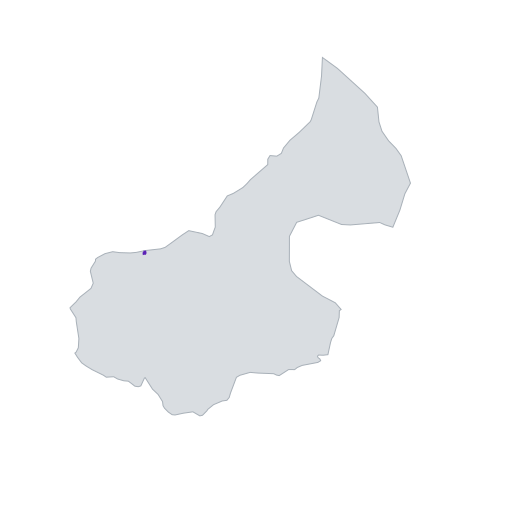 location of Subate, Ilukstes, Latvia, rotated 131°
{"feature_id": "27541924B14996624872646", "entity_name": "Subate", "entity_type": "district", "adm_level": 2, "iso_a3": "LVA", "parent_name": "Latvia", "parent_adm1": "Ilukstes", "projection": "mercator", "projection_center": [25.914, 56.009], "detail": "fine", "context": "in_parent", "style": "filled", "palette": "violet", "viewbox_px": 512, "rotation_deg": 131, "n_neighbors": 0, "source": "geoboundaries", "source_scale": "gbopen_adm2", "svg_char_len": 2536}
<svg xmlns="http://www.w3.org/2000/svg" viewBox="0 0 512 512"><g transform="rotate(131 256 256)"><path d="M363.7,375.0L361.0,374.5L353.3,371.5L346.8,367.0L342.9,361.1L336.2,352.9L331.8,348.7L324.8,343.4L313.2,332.7L309.0,330.2L288.5,325.5L281.0,323.4L274.2,311.1L272.0,304.0L268.6,302.7L264.9,304.2L260.9,305.7L251.7,314.0L248.7,315.2L242.9,315.3L229.5,317.1L223.4,314.1L212.8,310.8L207.1,310.3L202.0,310.3L179.3,307.1L175.2,310.6L171.0,311.3L167.0,305.8L161.9,304.2L156.4,306.1L146.3,306.3L134.3,304.5L119.0,303.2L116.7,303.8L99.8,311.1L95.6,312.2L77.2,324.6L62.6,336.1L61.0,317.7L61.8,280.6L64.0,262.0L74.1,251.2L79.2,242.8L82.1,231.4L83.0,220.9L85.1,212.2L99.7,187.2L111.3,184.5L127.0,177.5L144.5,171.6L147.9,179.1L149.6,184.7L170.7,205.2L176.1,212.1L184.3,235.6L203.9,247.4L219.2,243.7L225.9,237.9L238.2,227.3L243.7,219.5L244.9,212.0L242.7,179.6L239.3,165.5L240.5,156.7L242.6,157.2L247.9,152.9L265.1,145.0L268.5,144.7L272.4,143.0L283.3,137.0L286.8,140.2L289.7,143.8L291.3,143.9L292.0,142.5L291.8,140.2L292.6,138.5L295.7,139.5L308.3,149.4L313.1,151.7L316.4,152.3L320.3,156.9L331.0,160.0L332.4,162.4L333.2,165.4L343.2,177.9L347.7,184.1L356.6,189.9L360.4,191.2L376.0,185.4L380.4,183.4L384.0,183.3L387.6,186.4L396.0,190.5L403.5,191.8L404.9,191.5L411.3,191.9L413.5,193.5L415.0,201.4L422.3,207.7L429.1,212.8L430.8,215.2L431.3,219.8L430.9,225.1L430.0,227.9L427.2,231.0L424.7,239.1L424.4,246.7L420.5,259.9L421.4,260.1L429.6,257.7L431.9,259.1L433.7,262.0L434.2,270.2L436.9,273.9L439.6,279.7L440.5,284.2L445.7,289.5L446.1,293.0L449.3,305.1L450.5,312.1L451.0,317.5L449.5,324.4L448.1,329.0L446.5,328.7L441.8,329.9L434.5,335.5L423.5,348.5L420.7,351.4L417.8,361.3L417.1,362.4L410.7,361.9L409.0,361.7L402.6,361.9L388.7,359.3L383.3,361.0L376.2,371.0L373.4,372.5L365.2,373.8L363.7,375.0Z" fill="#d9dde1" stroke="#a8b0b8" stroke-width="1"/><path d="M328.4,342.2L328.2,342.1L327.9,341.8L327.8,341.7L327.6,341.6L327.4,341.5L327.4,341.4L327.4,341.2L327.3,340.9L327.2,340.9L327.1,340.7L327.1,340.8L327.1,341.0L326.8,340.9L326.7,340.9L326.7,341.0L326.5,341.3L326.4,341.4L326.1,341.4L325.9,341.4L325.9,341.5L325.7,341.7L325.7,341.8L325.6,342.0L325.4,342.1L325.2,342.2L325.1,342.3L325.2,342.5L325.2,342.8L325.5,342.8L325.9,342.9L326.0,342.9L326.1,343.2L326.3,343.0L326.6,343.1L326.8,343.0L326.8,342.9L326.9,343.0L327.0,343.0L327.0,342.9L327.1,342.7L327.5,342.8L327.5,342.7L327.8,342.6L328.0,342.5L328.0,342.4L328.2,342.2L328.3,342.2L328.3,342.3L328.3,342.2L328.3,342.3L328.4,342.2L328.4,342.2Z" fill="#8b5cf6" stroke="#5b21b6" stroke-width="1.5"/></g></svg>